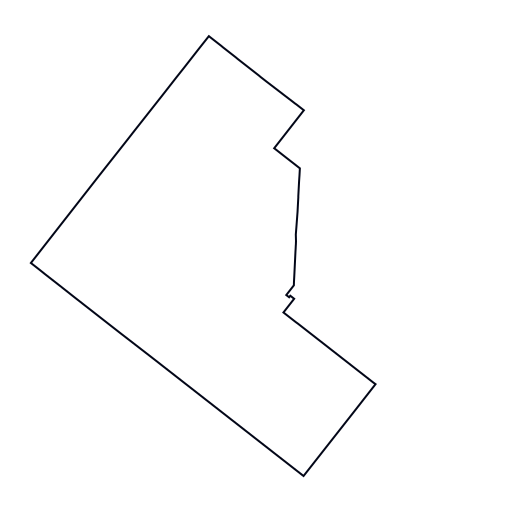 outline of Coolgardie, Western Australia, Australia, rotated 38°
{"feature_id": "25037944B30748912552839", "entity_name": "Coolgardie", "entity_type": "district", "adm_level": 2, "iso_a3": "AUS", "parent_name": "Australia", "parent_adm1": "Western Australia", "projection": "mercator", "projection_center": [120.788, -31.014], "detail": "fine", "context": "isolated", "style": "outline", "palette": "ink", "viewbox_px": 512, "rotation_deg": 38, "n_neighbors": 0, "source": "geoboundaries", "source_scale": "gbopen_adm2", "svg_char_len": 2228}
<svg xmlns="http://www.w3.org/2000/svg" viewBox="0 0 512 512"><g transform="rotate(38 256 256)"><path d="M83.5,111.8L83.4,128.1L83.4,151.9L83.3,164.0L83.3,186.8L83.2,209.5L83.1,230.8L83.1,247.0L82.9,289.9L82.9,298.1L82.9,298.4L82.9,300.7L82.9,302.2L82.9,304.5L82.9,305.2L82.9,306.7L82.9,309.8L82.9,311.3L82.9,312.0L82.9,313.6L82.9,314.3L82.9,315.8L82.9,316.6L82.9,322.6L82.9,323.4L82.9,324.9L82.9,325.7L82.9,327.2L82.9,327.9L82.9,329.5L82.9,330.2L82.9,331.7L82.9,332.5L82.9,334.8L82.9,343.1L82.9,343.8L82.9,352.2L82.9,352.9L82.9,361.3L82.9,362.0L82.9,369.6L82.9,370.4L82.9,378.8L82.9,379.5L82.9,381.8L82.9,384.7L82.9,385.5L82.9,393.6L82.9,394.3L82.9,398.0L82.9,400.1L85.9,400.1L93.6,400.1L100.4,400.2L111.9,400.2L120.2,400.2L138.5,400.3L151.5,400.3L157.6,400.3L177.4,400.3L197.3,400.3L236.9,400.1L258.3,400.1L278.1,400.1L304.7,400.1L337.1,400.1L354.3,400.1L367.5,400.1L391.0,400.1L419.0,400.1L428.9,400.1L429.0,357.4L429.1,318.5L429.1,283.4L426.4,283.5L421.9,283.5L415.8,283.5L406.8,283.5L400.0,283.5L387.1,283.5L372.0,283.5L355.9,283.5L342.9,283.5L340.7,283.5L338.5,283.5L337.0,283.5L334.8,283.5L332.6,283.5L330.4,283.5L328.2,283.6L326.2,283.6L323.8,283.6L319.6,283.6L316.2,283.6L314.9,283.6L312.4,283.6L312.4,275.5L312.4,266.2L311.8,266.2L307.5,266.2L307.5,268.1L303.9,268.1L303.9,264.3L303.9,260.7L303.9,255.8L301.7,252.8L298.7,248.5L284.5,228.4L283.8,227.4L283.0,226.2L280.8,223.1L280.7,222.9L280.2,222.2L279.7,221.5L279.4,221.1L278.8,220.3L278.8,220.2L274.1,214.5L270.0,208.3L261.6,195.7L258.3,191.0L253.0,183.4L252.7,183.1L244.3,171.1L240.5,165.5L236.6,159.9L233.9,159.9L225.9,159.9L224.0,159.9L219.1,159.9L215.9,159.9L214.2,159.9L204.0,159.9L204.0,159.0L204.0,156.0L204.0,151.7L204.0,122.2L204.0,111.7L201.8,111.7L199.0,111.7L197.5,111.7L194.5,111.7L193.0,111.8L190.8,111.8L156.9,112.1L154.6,112.1L152.4,112.1L149.4,112.1L147.2,112.0L144.9,112.0L142.7,112.0L140.4,112.0L138.2,112.0L135.9,112.0L133.7,112.0L131.4,112.0L129.2,112.0L126.9,112.0L124.7,112.0L122.4,112.0L120.2,112.0L117.9,111.9L115.7,111.9L113.5,111.9L111.2,111.9L109.0,111.9L106.7,111.9L104.5,111.9L101.5,111.9L99.2,111.8L97.0,111.8L94.7,111.8L92.5,111.8L90.2,111.8L88.0,111.8L85.7,111.8L83.5,111.8Z" fill="none" stroke="#020617" stroke-width="2"/></g></svg>